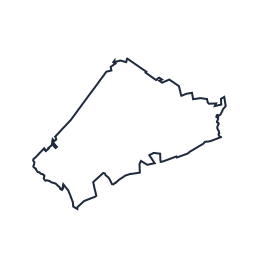 outline of Victoria, Tamaulipas, Mexico, rotated 258°
{"feature_id": "50627088B11900040853895", "entity_name": "Victoria", "entity_type": "district", "adm_level": 2, "iso_a3": "MEX", "parent_name": "Mexico", "parent_adm1": "Tamaulipas", "projection": "albers", "projection_center": [-99.19, 23.69], "detail": "fine", "context": "isolated", "style": "outline", "palette": "slate", "viewbox_px": 256, "rotation_deg": 258, "n_neighbors": 0, "source": "geoboundaries", "source_scale": "gbopen_adm2", "svg_char_len": 4106}
<svg xmlns="http://www.w3.org/2000/svg" viewBox="0 0 256 256"><g transform="rotate(258 128 128)"><path d="M67.5,81.2L67.8,81.9L68.3,82.9L73.5,82.8L75.6,82.7L82.3,82.7L89.1,94.3L89.1,94.5L88.2,96.0L86.4,96.3L84.5,97.9L82.9,99.0L76.4,100.7L75.9,101.8L77.1,104.3L76.9,104.5L79.1,108.2L82.0,115.4L82.6,120.6L82.6,121.0L82.4,121.6L81.9,130.3L88.2,131.4L90.2,131.7L93.1,133.8L88.0,139.2L88.0,146.8L97.0,143.2L98.3,148.0L96.8,152.3L96.2,154.1L93.3,153.6L89.9,153.0L88.0,152.9L88.1,155.9L90.1,169.4L89.0,169.7L90.6,181.0L92.0,183.7L96.9,198.2L98.5,200.5L98.0,204.6L98.3,207.9L99.9,217.9L99.9,216.5L100.2,216.4L100.6,216.0L101.4,215.5L101.6,215.4L102.6,215.2L103.0,215.2L103.2,215.3L103.4,215.4L103.7,215.9L103.8,216.1L104.1,216.2L104.5,216.3L105.2,216.2L106.1,215.9L106.5,216.1L107.5,215.7L109.2,215.3L110.0,215.4L110.2,215.5L110.8,215.8L111.9,216.5L112.5,217.0L112.8,217.4L113.2,217.6L113.5,217.7L114.0,217.6L114.2,217.4L114.6,216.8L114.7,216.7L114.9,216.4L115.1,216.2L115.4,216.2L115.8,216.3L116.9,217.3L117.8,217.8L118.1,217.9L118.5,218.1L119.6,218.4L119.9,218.3L120.1,218.2L120.1,217.8L120.0,217.1L120.1,216.9L120.5,216.7L120.7,216.8L121.0,217.0L121.5,217.2L122.1,217.7L122.2,218.2L121.9,218.5L121.8,218.9L121.6,219.2L121.5,219.5L121.3,220.2L121.4,220.4L121.6,220.7L121.9,221.0L122.0,221.2L124.7,223.6L125.6,224.0L126.8,225.1L129.1,228.1L138.4,228.6L137.2,225.0L131.5,224.1L131.4,217.5L133.7,219.3L134.9,212.3L135.5,211.8L136.5,211.3L139.9,211.3L142.2,204.9L142.6,197.7L149.1,197.9L149.3,193.6L149.3,192.1L148.4,186.9L148.9,186.8L158.4,186.5L164.8,180.4L166.8,178.4L165.2,170.8L167.8,168.4L168.3,171.3L170.7,169.1L170.6,168.6L170.5,168.1L170.4,167.7L169.7,166.6L169.1,165.4L178.5,156.7L179.3,157.6L182.8,154.2L187.3,150.0L188.4,148.9L196.0,141.8L196.0,141.5L192.8,139.9L195.6,134.5L195.5,132.7L195.4,131.7L195.3,129.4L195.2,129.1L195.3,128.7L195.6,128.6L195.9,128.6L196.2,128.7L196.7,128.8L195.4,127.3L194.8,127.8L195.1,128.7L193.7,129.3L193.5,128.8L191.4,123.8L187.8,123.7L187.7,123.7L187.6,118.5L187.1,118.0L184.1,114.7L181.4,111.6L181.1,111.2L180.0,110.0L179.7,109.7L177.5,107.3L172.9,102.1L171.5,100.5L171.0,99.9L168.1,96.6L167.8,96.3L167.6,96.1L167.5,95.9L166.6,94.9L162.6,90.4L162.2,90.0L162.1,89.8L159.3,86.7L158.4,85.7L158.1,85.4L157.7,84.9L157.3,84.4L156.8,83.9L156.6,83.6L156.4,83.4L155.2,82.1L153.9,80.7L151.1,77.5L150.2,76.5L147.6,73.5L147.5,73.4L147.3,73.1L146.3,71.7L145.8,71.0L145.5,70.5L144.5,69.0L143.3,67.4L142.9,66.7L142.6,66.3L140.8,63.6L138.3,60.1L137.0,58.3L135.6,56.3L135.5,56.0L135.3,55.9L135.2,55.8L134.9,55.6L134.6,55.0L134.3,55.2L134.1,55.3L131.7,55.4L130.5,53.2L132.7,52.0L130.3,50.9L129.6,51.0L129.2,50.8L129.6,51.6L124.3,54.5L123.5,53.0L127.5,50.7L124.9,45.9L124.4,46.2L122.5,42.8L124.2,41.8L124.5,42.3L125.6,41.8L123.0,38.0L122.0,36.5L118.9,32.1L118.1,30.7L117.4,29.2L116.6,28.7L116.0,28.5L115.5,28.6L115.0,28.7L114.8,28.9L114.2,29.3L113.9,29.3L112.7,28.9L112.2,28.6L111.6,28.3L111.2,28.1L110.9,27.8L110.8,27.7L110.3,27.5L109.8,27.4L109.5,27.5L109.2,27.7L109.0,27.9L108.6,28.1L108.3,28.4L107.9,28.9L107.6,29.1L107.5,29.3L107.4,29.4L107.2,29.4L107.0,29.2L106.6,29.3L106.1,29.5L105.6,29.8L104.9,30.0L104.1,30.3L103.7,30.5L103.5,30.8L103.1,32.3L102.8,32.4L101.9,32.7L101.5,33.1L101.1,33.6L100.9,34.2L100.8,34.6L100.6,34.9L100.2,35.2L99.8,35.5L99.4,35.7L99.2,36.2L99.1,36.3L98.6,36.2L98.3,36.1L98.2,36.0L97.9,36.0L96.4,35.1L96.0,35.2L95.2,35.4L94.9,35.5L94.7,35.6L94.5,35.8L94.4,35.9L93.8,36.1L93.7,36.2L93.5,36.4L93.5,36.6L93.6,36.9L93.7,37.1L93.7,37.3L93.7,37.6L93.6,38.1L93.4,38.5L93.0,39.1L92.8,39.4L92.5,40.2L90.9,41.6L90.8,41.8L90.6,42.2L90.5,42.4L90.0,43.3L89.4,44.1L89.3,44.8L89.0,45.2L88.7,45.6L88.3,45.8L88.0,46.2L87.7,46.4L87.0,46.8L86.7,47.0L86.4,47.2L86.2,47.3L85.9,47.6L85.7,47.7L85.5,47.9L85.3,48.1L85.1,48.3L84.5,48.5L84.0,48.9L83.6,48.9L82.6,49.0L82.2,49.3L81.4,50.2L81.2,50.5L81.6,50.7L81.6,50.9L81.8,51.0L82.0,51.5L82.3,51.5L82.4,51.4L82.6,51.3L82.7,51.9L82.7,52.1L82.8,52.2L83.2,52.2L83.3,51.6L83.5,51.7L86.5,53.0L79.2,56.6L73.6,57.6L67.0,58.6L62.5,58.1L59.3,61.6L61.2,62.2L65.7,69.9L67.2,78.6L67.5,81.2Z" fill="none" stroke="#1e293b" stroke-width="2"/></g></svg>